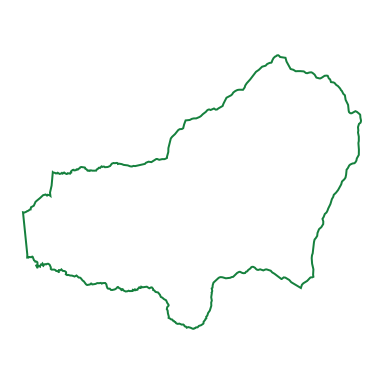 Ginebra, Valle del Cauca, Colombia
{"feature_id": "7082276B86237155674580", "entity_name": "Ginebra", "entity_type": "district", "adm_level": 2, "iso_a3": "COL", "parent_name": "Colombia", "parent_adm1": "Valle del Cauca", "projection": "natural_earth1", "projection_center": [-76.22, 3.747], "detail": "fine", "context": "isolated", "style": "outline", "palette": "green", "viewbox_px": 384, "rotation_deg": 0, "n_neighbors": 0, "source": "geoboundaries", "source_scale": "gbopen_adm2", "svg_char_len": 5916}
<svg xmlns="http://www.w3.org/2000/svg" viewBox="0 0 384 384"><path d="M226.5,97.7L223.5,103.6L222.6,106.0L218.4,108.4L217.0,109.5L215.6,109.6L214.0,108.5L210.6,110.0L209.4,109.5L208.4,109.6L207.3,110.2L205.8,111.9L202.8,114.2L200.9,116.1L199.5,117.0L196.2,118.4L193.9,118.4L192.0,118.8L189.7,120.0L185.6,120.4L184.1,124.5L183.2,128.2L181.9,129.0L179.6,129.2L178.2,130.1L175.0,134.1L172.1,136.8L170.8,138.5L168.4,148.1L168.3,152.0L167.0,156.7L167.0,157.9L165.6,158.7L164.5,159.1L162.3,159.1L159.2,159.8L157.2,159.0L156.3,159.0L151.4,162.1L148.5,161.7L145.9,162.8L144.9,163.9L135.1,166.1L133.5,165.9L131.9,166.5L130.1,166.3L127.8,165.4L123.7,164.9L121.7,164.1L119.3,163.7L117.9,164.0L117.6,163.2L116.9,162.9L114.8,163.2L113.5,163.0L111.8,163.7L110.1,166.0L107.7,167.0L104.9,167.2L104.1,166.6L103.1,166.6L102.4,166.9L101.5,166.4L100.0,168.0L99.3,167.7L98.7,167.8L98.2,168.6L96.7,169.5L96.2,170.6L92.6,170.7L90.8,170.3L90.0,170.8L89.6,170.5L89.0,170.9L88.1,170.4L87.5,170.6L86.7,169.5L85.2,168.6L85.1,167.8L84.8,167.5L81.3,167.0L80.3,167.3L79.6,168.3L78.6,168.7L78.1,169.4L77.5,169.3L77.3,169.6L76.5,169.4L76.0,170.1L74.7,170.4L73.9,170.3L73.6,169.8L72.6,170.0L71.1,171.3L70.9,171.8L71.2,172.6L70.3,173.1L70.0,173.6L69.5,173.3L68.9,173.5L67.8,173.2L67.1,173.9L66.4,174.0L65.0,173.1L64.3,173.1L64.0,172.6L62.6,173.6L61.9,172.9L60.8,173.7L59.5,173.9L57.8,172.8L57.4,173.3L56.9,173.1L56.0,173.5L55.0,172.9L53.8,172.6L53.4,172.7L52.8,172.2L51.6,185.6L50.0,192.6L50.4,195.9L49.5,195.2L48.6,195.0L47.6,194.8L47.2,195.5L46.8,195.5L45.6,194.5L43.1,195.2L40.2,197.9L35.6,201.7L33.8,205.7L31.0,207.3L30.6,209.5L29.7,209.6L28.4,210.7L27.2,211.1L26.6,211.6L24.3,212.6L23.0,212.3L27.3,254.6L27.2,257.6L28.2,257.6L28.2,256.9L31.3,257.2L32.2,256.6L32.7,256.9L34.0,260.3L35.0,261.0L35.3,261.7L36.6,261.6L37.4,262.4L37.6,265.4L36.5,265.3L36.2,265.5L37.2,267.5L37.5,267.5L38.1,266.1L38.5,265.8L40.0,266.6L40.1,265.7L40.6,265.3L41.0,264.4L42.0,264.4L42.5,263.5L42.8,263.9L42.6,265.2L43.3,265.8L44.0,264.6L44.6,264.5L45.1,264.1L46.1,264.4L47.2,263.8L48.3,263.8L49.6,264.7L50.8,267.3L50.8,269.0L51.6,269.6L54.3,269.6L55.6,270.2L56.2,271.0L57.6,271.1L58.6,272.0L58.9,271.9L58.7,270.6L58.9,270.1L60.5,270.2L61.4,269.4L62.6,270.8L64.7,271.1L65.9,271.9L66.2,272.9L65.8,274.3L67.1,275.1L68.2,274.9L70.1,275.5L72.0,275.6L74.6,276.5L76.5,275.5L78.6,277.5L79.9,277.6L80.7,278.1L82.7,280.6L83.8,281.3L86.0,284.3L87.1,285.0L89.9,284.5L91.1,283.5L91.5,283.6L92.2,284.4L92.7,284.4L95.6,283.9L97.2,283.1L99.0,283.2L100.9,282.9L101.8,283.6L102.7,283.1L105.2,283.0L106.3,284.2L106.8,286.5L107.5,288.2L108.2,288.7L109.8,288.7L110.9,289.9L112.2,290.0L114.8,289.4L116.4,288.4L117.5,287.1L118.0,287.0L119.4,288.3L120.4,288.6L121.5,290.1L121.9,290.0L122.2,289.1L122.6,289.1L123.6,290.5L125.7,291.5L127.6,291.2L128.6,290.7L129.6,291.1L132.6,291.0L132.8,289.8L135.0,290.3L135.4,290.2L135.3,289.5L136.9,289.9L137.5,289.7L137.9,288.7L138.7,288.1L139.2,287.3L139.5,287.3L140.2,288.0L140.7,288.0L141.2,286.7L142.7,287.3L146.8,286.7L149.3,288.3L151.1,287.4L151.8,287.4L153.0,288.7L153.2,290.1L154.3,290.4L155.5,291.9L158.1,292.5L158.5,293.0L160.0,294.9L160.8,296.9L162.4,297.7L163.8,299.0L166.1,300.3L167.3,303.0L168.5,304.7L168.6,305.6L167.2,307.2L166.8,309.2L167.6,310.4L167.9,313.3L168.8,316.6L168.6,317.9L170.1,318.6L171.1,319.4L172.3,319.6L173.0,320.7L173.8,320.9L174.5,321.8L175.3,322.0L176.1,323.2L176.9,323.6L177.9,323.9L179.3,323.6L181.7,324.6L183.2,324.5L184.0,325.1L184.7,326.3L186.0,326.7L186.7,327.7L188.2,327.1L190.5,327.7L192.6,328.7L193.8,328.8L194.4,328.2L195.3,328.1L196.0,327.4L197.6,327.3L198.9,325.9L201.1,325.2L203.3,323.7L203.5,323.3L203.6,321.8L205.2,319.8L205.4,319.1L206.3,318.4L206.2,316.8L207.3,315.6L208.1,313.0L209.8,310.6L211.3,305.8L211.2,302.6L211.8,300.6L211.2,297.2L211.8,293.3L211.6,292.5L212.1,291.8L212.2,290.6L211.7,288.4L212.5,287.7L212.7,285.2L213.5,282.6L218.6,277.9L219.5,277.4L220.7,277.1L222.5,277.3L225.9,278.3L230.2,277.8L231.6,277.1L233.2,276.8L237.2,272.9L239.1,271.9L240.0,271.8L242.4,273.0L243.8,273.2L245.1,273.0L246.1,271.7L247.3,271.3L248.1,270.1L250.4,268.4L251.3,267.2L252.2,266.8L253.4,266.9L255.0,267.8L255.9,268.9L257.2,269.8L258.4,269.9L260.1,269.3L263.3,270.4L265.4,269.5L266.6,269.4L270.7,270.7L272.2,272.4L274.4,273.7L281.4,279.0L281.7,279.0L283.7,277.4L285.3,277.6L289.3,280.0L291.2,282.2L300.9,288.0L301.9,284.8L303.3,283.3L307.2,280.9L310.2,277.7L310.7,277.4L312.4,277.3L313.4,276.8L313.1,274.8L313.4,269.3L312.1,263.7L311.7,258.1L312.0,255.3L312.7,253.3L314.0,242.0L314.6,239.5L315.8,238.1L317.2,235.9L317.5,233.0L318.9,229.5L319.2,229.0L321.3,227.2L323.2,224.1L323.3,221.5L322.5,218.9L323.7,216.9L324.8,214.0L326.5,212.5L327.5,210.6L328.2,208.6L330.4,204.1L331.9,199.1L333.2,196.9L333.8,194.8L336.0,192.7L338.1,190.0L341.2,184.4L342.0,181.5L344.4,179.2L345.5,177.6L346.1,174.7L346.6,169.7L347.8,168.2L349.2,165.5L350.3,164.5L352.5,163.5L354.5,163.2L355.6,162.0L356.4,160.6L356.8,158.5L358.8,154.9L358.9,149.6L358.4,143.0L358.8,141.0L358.8,136.6L358.0,132.5L358.3,130.6L358.0,127.1L359.0,123.9L360.5,122.7L360.9,121.6L361.0,120.4L360.4,117.7L360.2,114.9L359.9,114.4L358.3,113.0L356.8,111.8L355.4,111.2L351.8,113.2L351.1,113.3L350.3,113.2L349.1,112.2L348.7,110.9L348.1,104.9L345.6,99.8L344.9,95.3L343.3,93.8L341.9,91.0L340.9,90.0L340.2,88.6L338.0,86.1L336.2,84.9L334.5,82.9L333.4,82.4L331.0,82.1L330.1,79.4L328.8,78.4L327.7,75.8L326.6,75.6L324.6,75.8L321.9,77.6L320.4,78.4L319.4,78.4L316.4,77.6L314.6,74.6L312.4,72.8L311.2,72.3L309.4,72.5L307.2,73.2L305.9,73.0L303.8,71.4L300.1,71.1L295.6,71.2L293.4,69.8L290.6,69.0L286.5,61.5L285.5,57.8L280.1,57.0L279.1,55.8L278.1,55.2L276.8,55.5L276.4,56.0L275.1,56.6L273.6,58.0L272.4,60.2L271.6,62.4L271.2,62.7L269.6,62.9L267.2,64.0L265.6,65.7L262.1,66.7L258.8,69.9L256.0,71.8L250.2,79.4L246.7,83.3L245.2,85.6L244.7,87.4L243.0,89.8L239.2,89.7L237.4,90.0L235.3,91.0L233.3,92.5L232.1,94.4L231.1,95.3L226.5,97.7Z" fill="none" stroke="#15803d" stroke-width="2"/></svg>